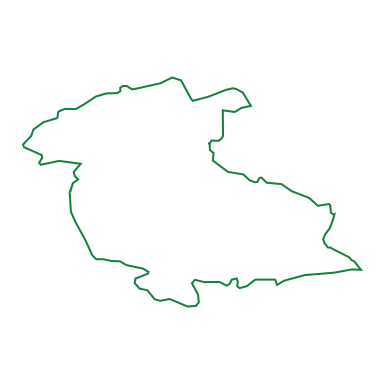 outline of Stirling
{"feature_id": "GBR-2016", "entity_name": "Stirling", "entity_type": "Unitary District", "adm_level": 1, "iso_a3": "GBR", "parent_name": "United Kingdom", "parent_adm1": "", "projection": "robinson", "projection_center": [-4.325, 56.249], "detail": "fine", "context": "isolated", "style": "outline", "palette": "green", "viewbox_px": 384, "rotation_deg": 0, "n_neighbors": 0, "source": "natural_earth", "source_scale": "10m", "svg_char_len": 1795}
<svg xmlns="http://www.w3.org/2000/svg" viewBox="0 0 384 384"><path d="M330.6,247.6L330.6,247.9L349.0,257.2L351.7,260.2L354.2,261.3L361.0,269.8L351.9,269.4L334.7,272.6L304.7,275.1L284.1,280.7L277.1,284.9L275.1,279.6L255.3,279.6L246.8,286.2L241.8,287.5L239.7,288.1L237.2,286.3L237.8,281.4L236.7,278.5L231.8,279.6L229.6,283.9L226.8,285.6L219.4,282.0L204.3,282.1L195.1,279.8L191.9,283.2L198.0,294.4L198.8,302.3L196.0,305.9L187.6,306.5L169.6,299.0L168.1,299.3L160.2,300.8L154.6,299.2L147.4,290.3L139.3,288.5L134.7,283.0L135.5,278.5L148.1,273.6L148.5,271.8L142.9,268.6L126.4,265.1L119.8,261.2L119.9,261.3L111.4,261.0L103.1,259.2L96.2,259.2L92.2,255.1L85.6,240.6L75.4,221.9L70.9,211.8L70.3,201.6L70.2,200.8L70.2,200.2L69.6,192.2L71.1,188.4L71.2,188.8L72.8,183.2L76.5,180.6L78.1,179.4L74.9,176.2L74.1,173.3L73.8,171.9L80.7,163.8L63.4,161.5L59.2,160.9L56.7,161.4L40.8,164.8L39.3,163.1L39.0,162.8L39.9,161.5L42.2,157.8L42.0,156.3L41.8,155.1L24.2,147.3L23.0,144.5L31.3,135.8L32.3,132.8L33.4,129.5L43.5,122.2L57.3,118.0L58.2,112.7L58.4,111.6L64.9,108.9L75.8,109.1L83.8,104.5L95.9,96.5L106.5,93.4L117.5,93.1L120.3,91.2L120.2,87.8L122.7,86.0L126.7,85.9L132.0,89.3L135.7,88.8L160.3,83.3L172.2,77.5L181.1,80.4L191.0,98.7L192.8,100.8L208.2,96.8L226.2,89.8L232.7,88.3L235.4,88.9L235.7,88.7L242.8,92.6L250.9,105.9L241.4,107.9L234.7,112.0L222.8,110.3L223.0,136.1L221.1,138.9L218.7,140.8L211.4,140.6L210.0,143.2L208.2,143.3L209.7,143.9L209.9,150.1L213.6,153.0L212.8,160.5L227.9,171.9L243.3,174.4L249.8,180.4L255.0,182.2L257.3,182.0L259.4,178.0L261.5,177.6L266.6,182.7L281.5,184.1L291.9,191.3L309.1,197.9L317.9,205.8L328.8,204.0L330.2,205.0L330.9,212.7L333.4,214.6L334.5,214.1L333.4,218.5L329.8,228.2L325.1,234.4L323.2,239.0L324.5,243.1L327.9,247.5L330.6,247.6Z" fill="none" stroke="#15803d" stroke-width="2"/></svg>